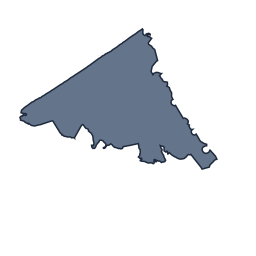 outline of Ada East, Greater Accra, Ghana, rotated 140°
{"feature_id": "2480657B57636315193797", "entity_name": "Ada East", "entity_type": "district", "adm_level": 2, "iso_a3": "GHA", "parent_name": "Ghana", "parent_adm1": "Greater Accra", "projection": "natural_earth1", "projection_center": [0.584, 5.876], "detail": "fine", "context": "isolated", "style": "filled", "palette": "slate", "viewbox_px": 256, "rotation_deg": 140, "n_neighbors": 0, "source": "geoboundaries", "source_scale": "gbopen_adm2", "svg_char_len": 5725}
<svg xmlns="http://www.w3.org/2000/svg" viewBox="0 0 256 256"><g transform="rotate(140 128 128)"><path d="M205.3,203.1L203.6,200.7L203.4,200.3L203.1,199.3L203.2,198.6L203.0,198.3L202.8,197.5L202.6,197.0L202.0,196.3L202.0,195.8L201.8,195.3L201.7,195.4L201.7,195.6L201.8,195.9L201.8,196.0L201.6,195.9L201.2,195.3L201.0,195.2L201.0,194.4L200.7,193.7L200.5,192.4L200.0,191.7L198.5,189.8L196.4,188.6L195.4,188.2L194.8,188.0L194.3,187.7L193.5,187.1L182.4,182.7L181.4,182.1L181.1,181.4L181.1,180.9L181.3,180.2L183.1,167.9L182.9,166.8L182.9,166.0L182.7,165.7L182.8,165.4L183.1,165.4L183.2,165.2L182.8,164.7L182.7,164.7L182.7,165.0L182.5,164.5L182.6,164.3L182.5,164.0L182.3,163.0L181.3,161.6L180.7,161.0L180.1,159.9L178.1,158.5L177.8,158.1L177.6,156.8L175.9,155.6L175.4,154.9L175.4,154.6L175.1,155.0L162.0,159.9L160.5,159.8L160.3,157.8L160.5,156.4L160.5,154.9L160.0,154.3L159.7,153.5L159.4,153.2L159.5,152.1L160.2,151.1L159.7,148.2L159.6,147.2L159.7,146.5L160.1,144.7L160.7,143.4L161.5,142.5L162.3,141.3L163.3,139.2L163.9,138.1L164.2,137.7L165.0,137.5L165.2,137.4L165.3,136.9L165.6,136.8L165.8,136.8L166.3,137.0L166.6,137.6L166.7,137.9L167.0,138.2L167.9,136.8L167.9,136.5L168.1,136.1L167.9,134.8L167.5,134.7L166.9,134.0L165.9,134.0L164.7,134.4L163.7,135.1L163.3,135.3L161.7,135.7L160.9,135.8L160.4,136.0L159.3,136.0L157.9,136.7L157.4,136.7L157.0,136.5L155.8,135.1L155.5,134.2L155.4,133.7L155.5,132.2L155.2,130.9L155.3,130.2L155.6,129.4L156.2,128.8L156.5,128.6L158.1,128.3L158.4,128.3L159.4,128.8L159.8,128.5L159.7,128.0L159.1,127.6L158.1,127.5L155.6,128.2L154.6,127.9L154.3,127.6L153.8,127.2L152.5,126.9L152.2,127.0L151.5,127.1L151.0,125.9L150.9,125.5L151.1,124.4L150.8,122.1L150.7,121.7L150.1,121.1L149.8,120.8L148.8,119.0L148.5,118.3L148.0,117.9L147.7,117.9L147.2,117.3L147.1,116.9L146.9,116.6L145.6,116.0L145.2,116.0L143.7,116.8L136.9,113.0L130.2,109.5L131.2,107.5L131.7,106.6L132.1,106.2L132.6,105.3L132.7,104.5L132.6,104.1L132.5,103.8L134.1,101.6L134.8,100.9L135.7,100.5L136.1,99.9L136.6,99.6L137.3,99.3L138.7,99.1L138.3,97.0L138.2,96.9L137.9,96.7L137.9,96.4L137.4,96.3L137.1,96.2L137.4,95.4L137.8,95.0L138.4,94.9L138.8,95.0L139.2,95.4L139.4,95.4L139.6,95.0L139.5,94.6L139.0,94.1L138.5,93.4L137.3,92.2L136.3,91.0L136.4,90.8L136.0,89.9L135.5,88.9L134.9,88.1L134.0,87.4L133.7,87.3L133.4,87.0L132.6,86.6L132.1,85.9L132.0,85.7L132.1,85.3L132.0,85.1L131.2,84.2L129.9,84.8L129.7,84.7L129.4,85.0L129.4,85.3L129.5,85.7L129.2,86.1L128.5,86.8L128.4,86.7L128.1,86.3L127.8,86.3L127.6,86.5L127.2,85.7L127.3,85.4L127.6,85.6L128.1,84.9L128.3,84.4L128.2,84.3L128.1,84.2L128.0,84.4L127.8,84.5L127.4,84.2L127.1,84.3L127.0,84.6L126.9,84.6L126.4,84.2L126.2,83.6L125.8,82.9L125.5,82.8L124.8,81.9L124.6,80.1L123.4,79.7L122.8,79.2L122.3,79.1L121.7,78.7L121.2,78.6L120.8,78.8L120.4,79.3L119.9,79.2L119.1,82.7L118.4,83.9L118.0,86.5L117.4,88.6L117.1,88.8L116.1,89.1L115.7,89.7L115.5,92.0L114.9,92.9L114.6,93.8L113.5,92.0L112.9,91.1L112.6,90.2L114.5,88.0L115.1,87.1L114.7,86.1L114.6,85.5L114.5,85.2L114.3,85.1L113.8,85.0L113.3,85.2L113.1,85.2L113.0,84.6L113.6,83.2L114.0,82.9L114.2,82.6L113.7,82.3L112.5,82.6L112.2,82.5L112.1,82.3L112.1,81.6L111.8,79.3L110.8,76.1L110.2,75.0L109.3,72.5L108.5,71.2L108.0,70.7L107.5,70.2L105.0,68.7L104.3,68.5L102.9,68.5L102.4,68.4L99.2,69.0L98.9,68.9L97.6,67.4L96.8,67.3L97.0,62.1L97.3,51.0L97.7,48.9L95.1,47.7L94.2,47.4L92.3,46.4L90.8,45.8L90.1,46.3L89.5,46.8L88.2,47.1L85.1,47.3L83.4,47.5L82.6,47.8L79.9,47.0L79.8,47.9L79.1,50.0L79.2,53.8L79.3,55.7L79.3,57.2L79.5,57.8L79.3,58.2L79.6,58.5L80.6,57.8L81.7,57.5L83.1,57.7L84.8,58.6L85.8,60.2L85.8,61.8L85.4,63.5L84.1,64.7L82.7,65.1L80.5,64.6L79.6,64.2L79.2,63.8L78.2,64.9L79.8,67.5L80.1,67.8L80.1,68.6L80.3,69.3L80.7,69.9L80.9,70.6L81.0,72.3L80.5,74.7L80.3,75.7L79.7,79.5L81.4,79.7L82.5,81.1L82.7,82.8L82.0,84.4L81.1,85.3L79.4,85.4L80.5,86.1L80.7,87.9L80.1,90.2L79.1,90.8L79.8,93.1L78.5,93.5L77.4,94.5L77.1,96.2L77.4,97.7L78.3,99.3L79.5,99.8L77.3,113.5L77.0,114.8L78.2,115.2L78.9,116.4L79.3,118.3L78.6,120.0L77.3,121.0L75.7,121.3L75.2,121.0L74.4,124.1L71.9,127.0L71.5,129.7L70.4,132.3L70.6,133.4L71.4,135.1L70.3,135.4L69.8,135.9L68.4,137.8L69.0,138.5L70.8,140.7L71.0,142.1L70.4,143.1L70.7,144.7L70.6,145.5L70.2,147.0L70.3,147.8L67.4,148.2L67.9,148.6L69.1,150.9L70.0,151.9L70.8,152.6L71.9,152.8L73.2,153.3L73.5,153.3L73.9,153.1L74.2,153.1L74.4,152.7L74.7,152.7L74.0,156.4L70.0,159.6L63.2,160.9L62.0,160.6L57.3,170.5L57.1,171.1L57.6,173.2L57.4,175.5L58.4,178.7L57.8,180.1L57.3,180.3L52.2,181.5L52.7,182.7L52.7,183.9L53.2,184.5L54.1,185.3L54.1,186.3L52.8,186.4L52.8,186.9L51.5,186.0L51.5,185.4L51.2,185.0L50.9,185.2L50.7,185.9L51.3,187.3L51.7,187.4L52.5,187.8L53.4,188.3L53.6,188.0L55.4,187.8L55.8,188.2L56.1,190.1L55.1,192.0L53.4,193.5L53.3,194.7L55.7,194.8L56.8,195.1L59.5,195.3L61.7,195.3L64.9,195.8L69.6,196.2L74.4,196.4L77.0,196.8L77.8,196.6L80.8,197.1L85.1,197.2L89.8,197.9L91.0,197.7L94.0,198.2L95.0,198.6L95.8,198.6L97.7,199.2L99.3,199.1L100.0,199.2L100.8,199.6L104.5,199.7L105.2,200.0L108.2,200.2L116.9,200.7L119.1,201.0L121.2,201.0L123.0,201.3L124.4,201.4L134.3,202.6L137.5,202.9L139.5,203.3L143.1,203.4L145.7,203.8L147.0,204.1L150.1,204.2L151.6,204.6L160.0,205.5L162.5,205.9L164.5,206.0L168.8,206.8L171.2,206.9L172.3,207.2L174.1,207.4L175.5,207.4L176.7,208.1L177.9,208.1L180.7,208.9L183.5,209.0L185.0,209.6L190.9,209.9L193.4,210.2L195.6,210.2L196.1,210.0L196.7,210.1L198.0,210.1L200.1,208.5L199.9,208.3L199.6,207.5L198.3,205.8L197.9,205.5L197.5,205.3L197.3,205.1L197.0,203.9L197.4,203.4L198.0,203.3L198.4,203.4L198.8,204.2L199.5,204.8L199.8,205.4L200.0,205.4L200.2,205.2L200.6,205.4L200.8,205.0L201.1,204.9L201.3,205.0L201.9,205.6L202.0,205.4L202.4,205.5L203.8,205.7L204.2,205.3L204.5,204.0L205.3,203.1Z" fill="#64748b" stroke="#1e293b" stroke-width="1.5"/></g></svg>